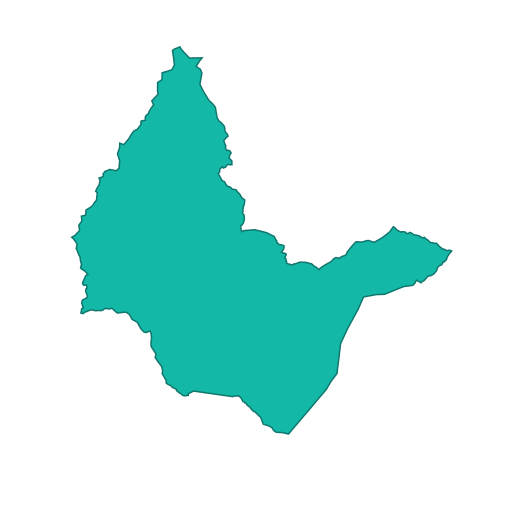 the district of Mixistlán de la Reforma, Oaxaca, Mexico, rotated 115°
{"feature_id": "50627088B94921527190935", "entity_name": "Mixistlán de la Reforma", "entity_type": "district", "adm_level": 2, "iso_a3": "MEX", "parent_name": "Mexico", "parent_adm1": "Oaxaca", "projection": "albers", "projection_center": [-96.11, 17.173], "detail": "fine", "context": "isolated", "style": "filled", "palette": "teal", "viewbox_px": 512, "rotation_deg": 115, "n_neighbors": 0, "source": "geoboundaries", "source_scale": "gbopen_adm2", "svg_char_len": 5655}
<svg xmlns="http://www.w3.org/2000/svg" viewBox="0 0 512 512"><g transform="rotate(115 256 256)"><path d="M105.1,418.5L113.2,413.2L117.5,410.6L122.7,411.0L124.8,413.0L129.6,418.5L135.9,415.7L140.3,418.5L148.0,415.0L150.7,413.1L159.5,416.0L162.1,412.8L169.0,413.9L173.3,413.8L174.5,414.8L176.8,415.1L179.7,413.6L182.0,417.0L183.6,416.9L184.8,415.7L191.4,417.2L194.2,419.5L200.0,420.6L202.7,420.6L211.0,422.9L211.3,427.2L215.5,425.4L222.0,424.7L227.4,419.7L234.5,417.3L237.8,418.7L239.4,425.2L240.9,426.4L242.9,428.5L246.4,429.3L247.2,428.6L248.7,428.1L251.7,431.2L253.6,429.2L258.0,428.2L262.1,428.7L265.1,428.7L265.7,426.6L272.8,424.2L276.4,425.1L278.6,425.3L280.2,425.7L282.5,427.0L286.1,429.5L287.8,428.8L291.1,427.7L293.7,431.1L297.8,428.6L303.0,429.6L307.5,426.6L314.2,429.0L316.9,430.9L317.5,428.8L318.4,427.2L319.4,425.2L321.1,423.1L322.8,422.7L324.1,422.3L325.1,422.2L326.0,421.0L327.4,419.6L328.7,418.3L329.1,417.4L330.3,416.7L331.1,415.2L335.0,412.7L337.3,410.6L340.9,410.0L341.6,408.3L342.0,404.5L343.9,400.5L345.7,402.0L347.6,402.0L351.6,401.9L352.7,401.9L354.1,401.7L354.7,401.0L355.3,399.6L354.0,397.6L356.3,395.5L357.9,396.2L360.0,395.5L360.9,394.3L361.6,393.9L363.7,391.7L365.4,391.7L369.2,394.6L370.8,394.5L372.3,394.1L374.9,391.7L375.8,390.6L377.5,391.7L379.6,391.1L380.9,390.7L381.7,390.6L381.3,388.3L380.4,388.0L379.5,387.6L378.0,386.1L375.8,384.1L374.4,382.5L374.0,381.0L373.3,377.9L371.8,375.7L371.4,374.0L370.7,373.0L369.7,371.9L367.2,370.6L366.6,368.3L365.8,366.1L364.2,364.6L365.7,360.0L366.3,357.6L365.3,355.9L362.5,351.5L361.8,349.9L362.5,346.0L365.8,341.5L366.2,335.6L370.4,329.9L371.2,328.2L372.3,325.2L371.8,323.2L369.8,321.5L368.8,320.4L370.7,318.2L375.1,315.7L378.4,314.8L381.7,313.2L382.8,312.1L384.5,309.3L386.2,306.6L386.9,305.3L390.8,304.4L391.7,302.5L393.3,300.1L394.5,297.6L395.3,296.4L395.7,295.1L399.1,292.4L400.1,291.8L402.2,291.4L406.7,284.8L409.0,283.8L409.5,281.9L409.5,279.8L409.7,277.5L410.5,276.4L410.3,273.0L410.6,271.7L411.6,271.1L411.9,269.4L412.5,268.2L412.4,267.3L412.6,266.6L412.6,265.4L413.4,263.6L412.3,260.5L410.9,258.4L410.4,258.9L409.5,259.2L404.8,255.5L393.4,218.0L390.9,214.6L390.9,213.7L390.0,212.7L390.2,211.7L391.0,209.6L392.3,207.7L393.4,206.4L393.2,205.3L393.8,204.0L393.8,202.5L394.9,201.0L395.4,199.1L395.5,197.5L396.4,196.4L397.9,192.5L397.7,191.0L399.7,185.6L400.1,183.7L405.3,178.4L404.9,174.9L404.6,173.4L404.8,169.1L406.7,166.1L407.2,163.2L405.0,157.7L403.6,151.3L396.1,149.3L393.3,148.5L384.4,146.1L380.1,144.9L373.0,142.9L368.2,141.6L364.0,140.5L357.0,138.6L347.3,135.9L341.7,135.4L337.9,135.0L333.1,134.0L328.1,132.9L324.3,134.3L319.5,135.8L313.7,137.7L310.0,138.9L309.0,139.3L306.3,140.1L303.6,141.0L301.6,141.7L299.6,142.3L295.7,142.3L289.3,142.3L283.0,142.3L271.8,141.6L261.0,140.9L253.5,141.1L247.6,141.2L240.1,130.6L236.4,123.3L233.9,121.0L224.7,112.5L221.2,109.1L219.1,105.8L216.3,101.5L213.7,100.5L210.1,100.4L210.5,95.1L208.9,94.6L207.1,93.2L201.7,91.7L199.8,89.1L196.8,87.1L193.0,86.2L189.5,86.5L187.3,85.8L185.5,83.9L184.7,84.1L183.3,83.8L182.1,84.0L182.0,83.1L179.0,81.9L176.2,82.2L174.9,82.1L173.3,81.9L168.8,80.8L168.7,81.6L169.2,83.7L169.8,84.2L170.6,85.5L170.3,88.1L170.5,88.8L170.9,89.0L170.4,91.6L169.6,94.6L168.7,96.2L168.2,97.8L168.6,98.6L168.9,99.1L169.3,100.4L169.3,101.8L170.1,103.5L170.0,103.9L168.7,107.7L169.0,108.3L167.9,111.2L169.2,112.5L169.1,114.7L168.8,117.0L170.1,122.5L169.5,124.1L169.7,126.8L171.2,127.4L171.8,128.8L171.2,131.2L172.0,133.3L173.2,135.4L172.9,137.9L173.0,139.5L172.2,140.6L171.4,143.9L177.5,145.0L183.6,148.0L186.3,149.5L191.2,152.9L193.7,154.8L194.0,156.9L194.4,160.6L195.7,162.7L198.0,165.0L198.5,166.1L199.4,167.3L200.0,169.7L200.9,171.4L204.1,172.5L207.9,173.6L213.7,175.0L216.6,174.9L218.0,175.7L219.7,177.5L222.6,179.7L223.3,180.1L223.3,181.9L223.8,183.1L225.0,183.9L226.0,184.5L228.3,185.1L230.8,186.5L232.9,188.2L235.3,189.9L237.2,191.1L240.1,192.7L241.7,193.1L241.1,195.5L240.6,197.2L240.7,198.9L239.9,201.2L239.6,202.4L239.8,203.1L240.1,204.5L240.3,206.4L240.8,208.3L242.7,213.1L244.6,215.3L246.5,216.8L247.0,218.3L248.2,218.7L248.7,219.1L249.0,220.3L249.0,221.1L249.2,221.8L249.6,223.2L249.6,223.9L249.4,225.4L247.7,226.2L247.1,227.2L245.9,227.6L245.4,229.2L243.9,229.2L242.5,229.1L241.4,229.7L241.3,230.7L241.9,232.3L241.7,232.6L241.6,234.6L240.6,234.3L238.3,233.9L235.6,234.4L234.9,235.2L234.9,236.4L235.3,238.2L235.7,239.7L235.6,241.6L235.0,241.9L234.6,243.1L233.4,243.8L232.8,245.1L230.6,247.7L230.4,256.3L232.7,268.2L238.3,278.0L239.9,279.0L239.0,280.2L237.0,281.6L235.0,282.6L233.9,281.8L232.7,281.6L231.1,281.4L230.7,281.5L230.1,281.6L228.8,281.8L228.3,281.8L227.2,282.3L226.3,282.8L225.1,283.4L224.1,284.1L222.5,286.7L220.6,286.7L219.6,287.6L218.3,287.8L217.2,288.0L216.5,288.5L215.2,288.3L211.6,289.2L209.9,290.0L209.2,293.6L208.0,295.2L206.8,296.9L205.3,300.9L204.5,301.6L204.7,303.4L205.5,305.7L204.6,307.8L204.4,309.4L205.0,311.2L203.2,314.5L202.1,315.6L201.9,316.3L202.1,317.6L202.0,318.2L201.3,319.6L197.2,325.1L195.3,324.5L192.2,325.5L189.1,324.1L190.1,322.9L188.5,321.2L187.1,321.0L185.7,320.7L184.9,319.9L184.1,317.7L183.5,316.4L180.7,317.7L180.1,318.0L179.5,319.4L179.0,320.5L178.4,321.8L175.5,322.5L173.2,322.1L171.9,323.9L171.8,325.5L172.5,326.6L171.8,328.8L168.8,330.1L165.9,333.3L164.7,334.0L161.1,332.9L159.4,332.0L158.0,333.0L156.8,335.5L155.8,337.1L153.6,338.1L151.7,339.7L150.6,342.2L149.7,344.3L149.3,346.5L147.1,349.7L138.4,355.7L136.2,360.1L135.0,364.2L131.7,369.2L129.2,373.0L124.1,379.4L113.1,382.3L110.3,385.3L109.5,390.4L102.7,389.5L99.2,388.6L104.7,400.0L101.7,407.7L99.8,411.8L98.6,413.2L99.2,413.9L103.3,417.7L105.1,418.5Z" fill="#14b8a6" stroke="#0f766e" stroke-width="1.5"/></g></svg>